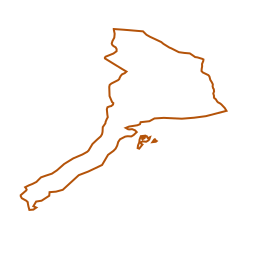 outline of Eritrea, rotated 100°
{"feature_id": "ERI", "entity_name": "Eritrea", "entity_type": "country or territory", "adm_level": 0, "iso_a3": "ERI", "parent_name": "Africa", "parent_adm1": "", "projection": "robinson", "projection_center": [39.36, 15.191], "detail": "fine", "context": "isolated", "style": "outline", "palette": "amber", "viewbox_px": 256, "rotation_deg": 100, "n_neighbors": 0, "source": "natural_earth", "source_scale": "50m", "svg_char_len": 2344}
<svg xmlns="http://www.w3.org/2000/svg" viewBox="0 0 256 256"><g transform="rotate(100 128 128)"><path d="M33.0,159.2L32.0,149.6L31.4,143.2L30.8,136.4L30.2,130.0L33.0,126.0L34.3,122.3L37.6,110.1L39.0,107.7L41.6,101.2L42.0,99.3L44.5,91.1L44.3,85.6L43.8,80.1L45.2,76.9L46.5,74.2L46.4,72.0L47.0,66.9L47.4,65.6L48.9,65.5L52.1,66.2L54.4,65.7L57.0,65.7L59.1,65.5L60.3,64.0L62.0,58.0L63.1,56.8L63.9,56.4L66.3,55.3L68.3,53.5L69.9,52.3L70.5,52.0L72.3,51.9L74.0,51.1L74.8,50.3L77.0,49.6L79.2,50.0L80.6,49.3L81.6,48.8L82.6,48.8L83.7,48.1L84.1,47.0L84.7,46.3L86.4,44.8L87.2,43.6L87.5,42.5L87.8,41.6L88.6,40.1L91.5,36.2L94.0,34.0L102.8,53.3L106.4,64.7L109.5,76.6L111.8,94.5L114.0,103.6L117.6,108.1L120.1,116.6L122.2,116.9L123.7,119.3L126.4,127.2L128.3,130.2L129.2,127.7L129.1,126.2L128.4,123.7L129.1,120.6L130.5,118.7L133.9,121.2L135.7,123.2L136.2,127.1L137.0,129.3L140.5,133.9L143.4,135.2L147.3,135.6L150.5,136.6L153.0,138.3L157.9,143.0L168.9,147.1L177.8,159.6L183.0,168.3L200.2,181.5L203.2,187.9L204.8,194.1L208.4,193.8L214.6,200.5L216.4,205.7L221.5,207.6L222.3,204.5L224.8,207.0L225.8,210.9L222.6,212.4L219.0,213.8L218.5,213.8L217.3,215.5L215.6,220.4L213.8,221.8L212.8,222.0L207.2,217.4L206.3,217.1L205.1,218.0L204.2,219.0L201.6,215.5L199.7,212.4L197.0,208.8L194.5,207.1L191.7,205.1L189.0,200.3L186.2,195.0L182.1,190.7L174.4,184.5L167.4,176.6L162.0,168.3L158.5,164.0L157.0,162.9L149.9,160.2L144.9,156.5L141.0,153.4L138.6,152.5L136.3,152.4L131.5,153.0L127.4,151.1L125.7,151.1L123.0,150.5L120.9,149.8L118.3,150.7L113.2,152.1L111.1,151.8L109.9,149.8L109.3,148.3L107.5,146.8L106.0,146.8L105.2,148.2L99.8,151.7L90.8,153.6L88.7,153.5L87.1,152.1L82.6,146.1L81.3,145.1L80.3,145.0L78.1,144.3L76.2,143.2L74.5,140.7L72.7,139.3L70.9,144.1L67.6,152.5L65.8,157.0L63.5,162.8L62.8,163.0L61.7,162.5L57.2,155.3L54.4,152.6L52.3,152.9L50.7,154.2L49.8,156.6L48.7,158.1L47.6,158.7L45.1,158.4L41.4,157.2L37.5,157.5L33.5,159.1L33.0,159.2ZM138.6,111.1L139.8,112.9L140.7,112.7L141.3,112.1L141.8,110.9L146.4,113.4L146.1,115.0L143.4,115.1L140.2,114.4L137.3,114.6L133.8,113.9L133.0,111.1L135.2,112.5L136.4,112.1L136.6,111.8L135.0,109.9L132.7,109.5L132.9,108.0L133.9,107.4L134.5,106.7L133.2,104.7L135.7,105.1L137.3,106.4L138.4,107.8L138.6,111.1ZM136.7,98.2L137.7,101.5L134.9,100.2L134.4,99.6L135.6,98.3L135.9,97.5L136.7,98.2Z" fill="none" stroke="#b45309" stroke-width="2"/></g></svg>